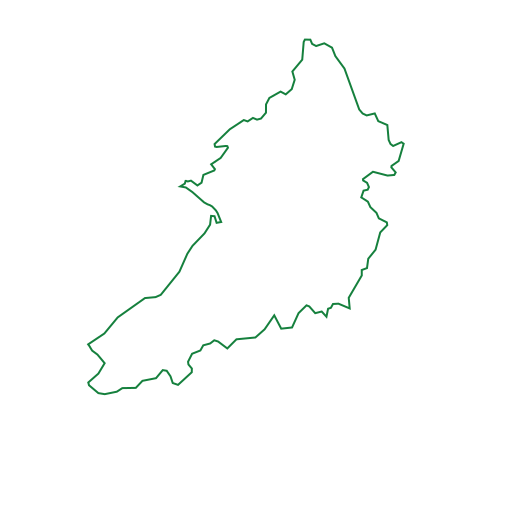 Somerset, orthographic projection, rotated 311°
{"feature_id": "GBR-2047", "entity_name": "Somerset", "entity_type": "Administrative County", "adm_level": 1, "iso_a3": "GBR", "parent_name": "United Kingdom", "parent_adm1": "", "projection": "orthographic", "projection_center": [-2.947, 51.075], "detail": "fine", "context": "isolated", "style": "outline", "palette": "green", "viewbox_px": 512, "rotation_deg": 311, "n_neighbors": 0, "source": "natural_earth", "source_scale": "10m", "svg_char_len": 2008}
<svg xmlns="http://www.w3.org/2000/svg" viewBox="0 0 512 512"><g transform="rotate(311 256 256)"><path d="M79.2,187.3L98.0,192.4L118.9,191.9L151.4,199.8L159.1,207.2L164.2,209.6L193.9,208.5L212.7,202.7L222.1,201.4L239.3,202.3L249.5,200.8L256.8,195.8L258.8,198.6L255.2,204.5L258.8,207.4L263.2,198.8L264.1,195.8L264.6,190.4L264.1,187.8L263.2,185.5L262.4,181.6L262.5,166.0L261.7,158.1L258.8,153.2L263.9,154.8L266.5,153.6L266.8,153.9L267.4,155.4L267.5,155.6L270.2,157.5L270.8,165.5L275.6,166.8L282.7,163.1L293.2,168.4L294.6,168.0L295.8,162.0L306.8,165.0L319.3,163.8L320.1,162.3L319.3,161.1L312.4,154.7L311.7,153.3L313.3,151.3L334.5,153.1L339.1,154.4L350.6,157.6L352.1,161.4L358.2,163.1L359.6,167.3L363.0,169.6L370.7,169.5L377.0,164.1L384.1,162.4L396.2,166.7L397.5,172.4L405.4,173.5L414.4,169.6L419.1,162.4L434.5,162.1L448.8,151.6L451.4,150.9L454.9,155.1L452.9,159.2L453.9,163.6L461.3,168.0L463.1,176.7L458.9,184.8L455.5,199.8L434.3,237.8L433.5,243.0L434.7,247.3L441.5,252.1L438.0,259.8L441.0,269.2L430.6,280.0L428.8,284.0L429.0,287.3L437.3,291.1L437.6,293.8L421.3,301.3L412.9,299.2L411.7,300.0L410.7,306.6L407.9,307.2L403.0,302.5L396.3,289.0L384.2,286.3L383.3,287.3L384.1,291.8L382.1,296.0L379.3,296.8L375.9,294.3L369.3,297.0L370.4,304.8L367.9,310.3L367.6,318.6L365.0,324.0L367.2,332.7L365.4,334.8L355.3,334.3L339.2,342.1L327.6,342.5L319.7,347.7L314.8,345.0L310.7,348.6L285.3,353.4L277.9,361.1L274.1,349.5L270.3,345.6L266.0,346.5L263.5,345.0L256.4,349.0L257.2,342.0L251.7,338.2L252.9,329.3L251.9,326.5L240.8,325.6L225.7,330.1L217.7,322.7L223.2,308.7L206.3,310.6L194.1,309.0L180.3,295.9L167.4,295.0L166.6,283.5L165.0,279.8L159.9,278.8L154.0,274.8L148.2,276.0L140.3,271.9L131.6,274.1L129.8,276.2L129.0,281.4L126.1,283.8L107.6,281.7L105.5,276.5L109.1,270.4L110.8,263.9L108.7,260.5L98.2,260.7L87.3,252.2L77.6,251.8L68.6,241.8L62.3,240.0L52.5,232.5L49.1,227.0L48.9,214.8L50.5,212.4L63.8,214.2L75.8,212.1L77.6,201.0L77.1,194.4L78.3,190.6L78.6,189.9L79.2,187.3Z" fill="none" stroke="#15803d" stroke-width="2"/></g></svg>